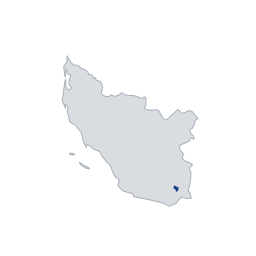 San Pedro, Copán, Honduras (highlighted), rotated 235°
{"feature_id": "27666195B10717869055207", "entity_name": "San Pedro", "entity_type": "district", "adm_level": 2, "iso_a3": "HND", "parent_name": "Honduras", "parent_adm1": "Copán", "projection": "natural_earth1", "projection_center": [-88.844, 14.614], "detail": "fine", "context": "in_parent", "style": "filled", "palette": "blue", "viewbox_px": 256, "rotation_deg": 235, "n_neighbors": 0, "source": "geoboundaries", "source_scale": "gbopen_adm2", "svg_char_len": 2990}
<svg xmlns="http://www.w3.org/2000/svg" viewBox="0 0 256 256"><g transform="rotate(235 128 128)"><path d="M221.7,119.3L213.9,118.8L210.3,119.9L208.7,122.3L207.3,123.4L206.1,123.2L203.8,124.1L200.3,126.3L197.1,127.2L194.3,126.6L193.5,127.2L193.3,127.9L192.9,128.6L191.8,128.9L190.5,128.7L189.1,128.0L188.3,128.3L188.3,129.7L187.5,130.1L186.0,129.4L184.4,130.0L182.6,131.7L180.1,132.0L176.8,131.0L174.3,129.2L172.5,126.5L170.3,125.8L166.5,127.8L165.0,130.2L164.6,131.6L165.0,132.9L164.3,133.8L162.6,134.3L161.3,135.9L160.4,138.6L160.2,140.8L160.7,142.3L159.9,143.4L157.6,144.1L154.9,146.5L151.8,150.6L148.7,153.5L145.6,155.1L144.1,156.9L144.2,158.8L144.0,159.5L143.5,159.7L142.4,160.0L136.5,155.7L134.7,152.7L133.3,153.1L131.4,154.6L128.8,158.0L126.0,162.6L124.6,163.1L117.5,162.4L113.8,162.8L113.0,163.4L112.7,165.1L112.9,167.4L114.0,175.4L114.5,178.7L114.0,179.8L112.1,179.9L109.6,180.4L108.3,181.9L108.0,183.5L107.8,185.7L107.0,187.9L105.5,189.6L104.0,190.1L95.6,190.6L95.7,186.8L93.3,185.3L91.9,182.2L90.7,180.1L91.1,178.8L91.0,177.3L87.6,176.2L84.3,177.1L82.5,176.5L81.1,175.7L83.5,173.9L83.6,172.7L82.9,171.9L82.1,171.4L82.3,169.3L82.8,166.8L84.1,161.1L83.6,160.1L81.5,158.3L78.8,158.2L75.8,158.7L74.3,157.8L73.1,155.8L70.9,154.9L67.1,156.5L63.1,158.9L61.9,159.7L60.9,159.6L60.5,157.8L60.2,155.7L60.0,155.2L57.9,154.4L55.4,153.9L54.1,153.3L52.9,151.9L49.9,150.0L49.2,148.7L45.3,145.5L44.5,143.9L43.5,142.8L41.6,141.3L40.1,141.7L35.1,139.9L34.3,139.7L35.0,138.1L36.6,135.7L40.1,133.0L40.4,130.8L39.5,126.5L38.6,123.8L39.0,122.6L40.1,117.6L41.0,116.5L46.0,114.0L46.4,113.7L50.4,110.2L54.8,106.3L59.4,102.0L64.4,97.2L67.3,94.4L68.5,93.2L71.5,94.2L73.8,92.0L75.1,91.2L78.2,88.5L79.2,87.9L84.4,86.8L86.9,86.8L89.2,89.6L90.9,91.1L94.2,89.8L97.0,89.5L108.4,92.1L112.9,90.9L121.3,90.7L125.0,91.3L130.3,87.7L133.7,87.0L137.7,85.3L137.1,83.6L136.2,82.8L142.2,83.5L151.3,87.2L161.0,86.5L164.4,84.6L166.7,84.0L176.6,87.8L179.2,90.6L181.2,90.9L182.8,90.3L183.2,89.7L181.3,89.0L180.4,88.1L188.2,89.9L202.9,103.6L203.3,104.7L197.0,100.6L193.6,101.0L192.8,101.6L193.0,103.8L193.3,104.9L194.7,105.0L195.8,104.4L198.4,105.1L200.1,106.6L202.2,108.8L203.4,111.2L204.8,111.3L206.1,109.8L208.6,109.6L210.2,111.3L211.4,111.2L209.7,108.6L206.0,106.1L206.8,106.0L215.2,110.6L217.6,116.3L219.6,117.6L221.7,119.3ZM123.0,70.2L118.2,73.0L116.7,72.9L118.9,70.8L122.5,69.0L125.5,68.1L128.0,68.5L123.0,70.2ZM139.6,67.3L137.3,69.3L136.9,68.4L138.0,66.5L139.3,65.4L140.7,65.5L140.4,66.4L139.6,67.3Z" fill="#d9dde1" stroke="#a8b0b8" stroke-width="1"/><path d="M53.3,132.8L52.8,131.9L52.7,131.7L52.2,131.5L51.5,132.1L50.5,132.2L49.4,132.2L48.8,131.9L48.8,132.0L48.7,132.1L48.7,132.3L48.8,132.3L48.9,132.5L48.9,132.8L48.9,133.0L49.0,133.0L49.3,133.3L50.0,133.1L50.2,133.5L50.2,134.0L50.3,133.9L50.4,133.7L50.5,133.7L50.8,133.5L50.8,133.4L50.8,133.2L50.9,133.3L51.0,133.4L51.0,133.5L50.9,133.5L51.0,133.6L51.1,133.4L51.5,133.7L51.7,133.1L52.8,133.0L53.3,132.8Z" fill="#3b82f6" stroke="#1e3a8a" stroke-width="1.5"/></g></svg>